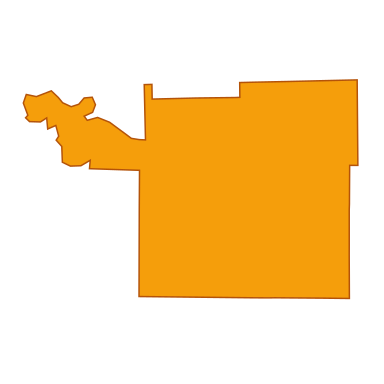 Jefferson, Arkansas, United States of America (Albers equal-area conic projection), rotated 179°
{"feature_id": "52423323B11311228308505", "entity_name": "Jefferson", "entity_type": "district", "adm_level": 2, "iso_a3": "USA", "parent_name": "United States of America", "parent_adm1": "Arkansas", "projection": "albers", "projection_center": [-91.753, 34.278], "detail": "fine", "context": "isolated", "style": "filled", "palette": "amber", "viewbox_px": 384, "rotation_deg": 179, "n_neighbors": 0, "source": "geoboundaries", "source_scale": "gbopen_adm2", "svg_char_len": 873}
<svg xmlns="http://www.w3.org/2000/svg" viewBox="0 0 384 384"><g transform="rotate(179 192 192)"><path d="M24.9,301.2L93.7,300.8L127.8,300.7L142.4,300.6L142.5,285.8L147.2,285.7L186.2,285.9L230.2,285.6L230.2,300.3L237.9,300.2L237.6,244.9L243.9,245.3L251.7,246.7L273.2,263.2L285.1,268.2L295.5,265.5L298.5,269.7L290.0,273.4L287.0,280.9L290.1,288.5L298.2,287.9L303.7,281.7L311.3,279.4L319.8,283.5L324.0,288.8L330.9,295.6L345.9,290.1L356.0,292.4L359.1,283.9L354.8,271.6L357.1,269.1L353.2,265.2L342.3,264.7L336.0,268.6L335.2,257.5L327.0,260.9L324.3,250.1L326.9,246.2L321.4,239.8L321.1,224.0L313.1,220.0L302.6,220.2L293.2,225.5L294.1,217.1L244.1,214.6L245.0,177.1L246.8,88.4L134.1,85.2L117.5,84.8L111.0,84.8L63.5,83.6L36.5,82.8L35.9,127.0L35.7,136.7L35.1,171.5L34.8,177.3L34.6,186.3L33.9,215.9L25.7,215.7L24.9,301.2Z" fill="#f59e0b" stroke="#b45309" stroke-width="1.5"/></g></svg>